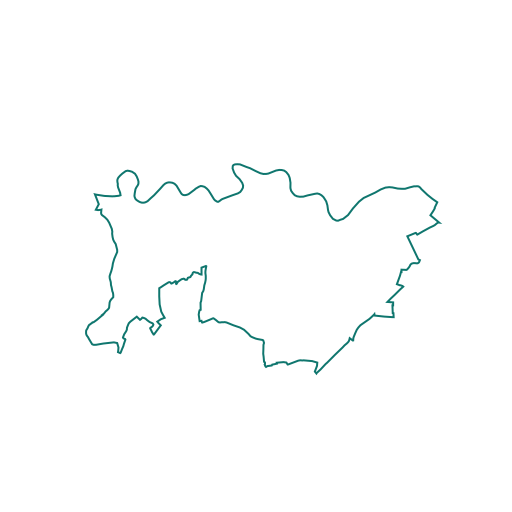 Santana De Mures, Mures, Romania (Natural Earth projection), rotated 245°
{"feature_id": "2599482B40977514976433", "entity_name": "Santana De Mures", "entity_type": "district", "adm_level": 2, "iso_a3": "ROU", "parent_name": "Romania", "parent_adm1": "Mures", "projection": "natural_earth1", "projection_center": [24.57, 46.597], "detail": "fine", "context": "isolated", "style": "outline", "palette": "teal", "viewbox_px": 512, "rotation_deg": 245, "n_neighbors": 0, "source": "geoboundaries", "source_scale": "gbopen_adm2", "svg_char_len": 6112}
<svg xmlns="http://www.w3.org/2000/svg" viewBox="0 0 512 512"><g transform="rotate(245 256 256)"><path d="M370.9,150.8L374.5,144.0L379.2,137.0L379.9,136.1L369.4,135.4L365.6,130.4L364.3,132.3L363.7,134.2L363.5,134.6L363.4,135.5L360.5,133.8L359.5,133.5L358.2,133.7L355.0,135.4L351.7,136.6L348.2,137.0L341.6,136.8L338.9,136.1L336.9,135.0L333.7,134.0L331.2,133.5L329.1,133.5L326.1,133.9L320.3,132.8L318.3,131.9L313.4,126.4L309.8,123.2L307.1,121.4L305.3,120.0L303.3,118.3L301.6,116.6L299.7,114.9L299.0,114.5L297.2,113.9L296.5,113.8L294.0,113.4L293.0,113.1L291.0,112.3L288.7,111.9L284.8,110.9L283.1,110.8L281.7,110.4L280.4,109.9L279.0,109.2L277.8,106.3L276.7,104.6L275.6,103.6L271.5,101.2L271.1,100.9L270.7,100.3L270.2,99.3L269.6,97.5L269.4,96.5L268.1,93.9L267.6,91.8L267.3,92.0L266.8,90.0L265.4,84.9L264.6,80.7L264.7,80.4L264.9,80.1L264.9,79.5L264.5,78.8L264.5,77.9L264.1,76.9L264.2,76.3L264.1,75.8L263.3,74.5L261.5,72.5L260.8,71.3L260.1,70.5L259.0,69.9L257.4,69.2L256.0,69.0L254.5,69.2L253.3,69.5L252.0,69.5L245.3,70.2L244.7,70.7L244.0,71.5L243.1,73.6L241.2,80.6L237.8,90.7L235.8,93.4L231.2,92.7L228.4,91.1L227.2,90.3L225.4,91.9L225.6,92.5L228.2,95.2L230.3,97.6L232.3,99.3L235.4,102.3L236.0,102.3L237.2,101.2L237.8,101.0L238.4,101.0L240.8,103.5L242.6,106.4L243.8,107.8L245.6,108.8L247.3,110.6L248.8,112.3L249.6,114.4L251.4,122.3L247.2,123.9L247.5,125.4L248.0,126.5L248.2,127.0L247.9,127.4L247.0,128.4L245.8,129.4L243.7,130.3L241.1,131.7L238.7,133.8L237.9,134.0L237.2,134.0L236.4,133.2L235.8,131.9L235.6,130.4L235.5,129.8L235.1,129.5L233.0,129.6L230.9,129.6L228.1,130.0L228.0,130.4L233.4,140.4L236.3,139.3L238.2,138.8L238.9,143.0L238.6,147.1L241.8,146.8L245.6,146.6L252.8,148.2L260.2,151.2L267.7,154.7L267.9,156.7L268.4,159.8L269.1,165.7L268.8,166.7L268.2,167.3L267.3,167.4L266.8,167.6L266.7,168.2L266.9,170.6L267.3,172.2L267.1,172.6L266.3,172.7L265.3,172.3L264.7,171.8L264.3,171.9L264.3,172.3L265.6,174.2L266.2,177.4L266.4,178.8L266.0,180.9L265.4,181.5L264.9,181.5L264.3,181.9L263.8,182.9L263.7,183.4L264.0,183.9L265.0,185.0L265.0,185.6L264.7,187.0L264.7,187.7L265.6,188.9L266.2,190.6L267.1,191.2L267.5,191.7L267.6,192.1L267.7,192.7L267.3,193.5L266.1,194.8L265.4,196.0L264.9,196.4L263.9,196.9L262.8,197.9L262.2,198.8L268.5,201.7L268.1,206.4L267.7,206.6L265.5,205.0L263.7,203.8L261.9,202.9L259.3,202.1L256.7,200.9L255.2,200.0L253.3,198.6L251.3,196.8L247.9,194.6L246.5,193.4L245.3,191.6L238.4,187.3L237.1,186.0L230.6,183.1L230.7,182.0L229.6,181.0L227.1,179.3L220.8,177.4L220.3,179.2L218.9,179.0L218.4,179.1L218.1,180.9L218.0,182.8L217.8,187.5L217.7,190.6L217.6,191.0L217.1,191.4L214.7,192.7L212.3,193.8L211.4,194.5L210.9,195.5L210.4,197.1L209.8,198.3L209.3,199.7L208.2,201.2L202.8,206.2L198.0,211.2L194.2,214.0L188.5,216.3L185.6,217.1L184.1,218.2L181.3,220.8L180.0,222.4L177.1,226.5L176.4,226.9L174.3,226.6L173.8,226.5L172.3,225.2L168.6,223.4L164.3,221.2L161.7,220.4L156.7,218.6L155.9,219.1L155.4,219.0L154.3,218.5L154.0,218.0L152.0,217.9L151.2,218.2L151.4,219.8L150.1,224.0L150.7,224.8L150.2,226.8L149.6,229.5L150.5,229.7L148.2,236.1L146.6,238.5L144.3,238.8L144.1,239.4L143.3,250.0L142.8,252.0L141.7,253.9L141.3,255.1L137.0,262.5L133.5,266.5L130.7,264.9L129.1,263.3L126.4,260.5L124.0,261.1L124.3,261.5L125.9,266.6L128.7,273.5L129.2,275.3L133.1,285.9L136.5,295.8L137.6,298.5L138.4,301.5L139.1,303.3L139.8,304.4L140.9,305.4L141.9,306.2L138.5,308.0L138.4,308.4L140.4,309.5L141.4,310.4L144.0,313.2L146.5,316.1L147.9,318.5L149.1,321.3L149.3,322.3L149.7,324.6L151.0,332.1L151.8,334.7L153.0,338.3L153.2,338.7L151.9,338.3L146.9,346.6L143.2,353.3L142.4,354.9L146.1,356.4L146.5,355.8L153.6,358.8L153.3,359.4L156.0,360.7L158.8,355.7L160.5,360.2L162.1,365.1L164.9,372.9L166.0,376.5L166.9,376.1L168.4,374.6L168.6,374.1L170.9,371.8L177.2,378.1L180.5,380.9L180.2,381.2L182.1,382.1L180.7,384.8L179.9,386.3L179.8,386.7L180.0,387.5L181.0,389.7L181.8,391.0L182.8,392.2L183.1,392.9L183.3,394.0L183.0,395.7L182.1,397.5L181.3,398.8L181.1,399.5L181.2,400.5L181.5,401.2L183.0,402.8L184.3,401.7L209.9,401.5L209.5,410.1L209.4,410.6L209.1,410.8L207.7,411.0L207.3,411.1L207.2,411.2L207.8,417.7L208.3,425.4L208.3,427.0L208.3,429.6L208.4,430.5L208.5,431.4L209.1,433.4L209.3,434.8L209.2,435.6L208.9,436.1L219.2,431.3L221.5,435.1L222.8,437.0L223.7,438.2L224.3,438.4L228.1,443.0L233.3,440.0L239.0,437.2L246.9,434.1L248.6,433.7L250.0,433.0L250.8,432.2L252.4,428.5L253.2,424.5L253.9,419.6L255.2,416.7L257.2,413.0L260.5,408.6L262.1,405.8L263.3,402.2L263.6,397.2L263.1,390.9L263.1,378.1L261.7,372.3L258.2,364.1L254.2,356.7L252.8,350.6L253.2,347.7L253.3,345.3L254.2,343.7L257.2,341.4L261.6,340.4L265.1,340.3L267.2,340.7L271.7,342.1L275.8,342.7L279.1,342.3L281.0,342.0L283.4,341.0L285.4,339.6L286.8,337.9L287.5,335.5L289.1,328.4L289.8,324.0L291.2,320.7L292.8,318.4L294.7,316.8L297.4,315.9L300.3,315.4L302.6,315.8L303.7,316.2L307.8,318.2L312.0,319.4L313.1,319.6L315.8,319.7L319.2,318.9L321.5,317.6L323.1,315.6L324.2,313.4L325.0,310.3L325.5,302.0L326.1,299.9L327.2,297.4L329.2,294.9L333.1,291.6L338.1,287.7L340.7,285.0L345.8,280.2L347.1,277.8L347.9,275.7L348.0,274.1L347.4,273.0L345.3,271.8L340.9,271.4L337.1,271.8L332.6,273.6L328.1,274.4L325.3,274.1L323.4,273.0L321.9,271.0L320.7,268.8L320.4,266.1L321.0,260.3L321.8,250.3L321.8,248.7L321.2,246.0L321.1,244.5L321.7,243.7L323.7,242.4L325.3,241.9L331.6,241.2L335.4,240.7L337.9,239.9L340.4,238.6L341.9,236.9L342.8,235.5L342.9,233.4L342.7,231.6L342.5,229.6L342.1,228.5L340.6,221.3L340.6,219.9L340.9,218.1L341.5,216.6L342.3,215.6L343.4,214.9L344.7,214.6L346.6,214.4L353.3,213.7L355.9,212.7L357.7,211.2L358.9,209.4L359.7,207.7L360.0,206.3L360.0,204.3L359.4,202.1L357.4,197.5L354.1,189.2L352.8,184.8L351.5,180.9L351.4,178.6L351.7,177.0L352.5,175.2L353.8,173.7L355.1,172.7L357.2,171.4L358.6,170.9L359.9,170.9L361.0,171.0L362.0,171.3L364.1,172.6L367.5,175.0L368.7,176.5L370.1,178.8L371.1,179.9L373.0,180.9L375.2,181.3L378.5,181.5L381.7,181.1L384.7,179.3L386.3,177.5L387.6,175.7L388.0,173.7L387.2,169.7L386.3,166.8L385.2,164.3L384.3,163.2L383.4,162.4L381.7,161.7L379.6,161.2L378.7,160.6L376.5,160.0L370.8,159.6L368.3,158.9L368.6,157.0L370.0,152.9L370.9,150.8Z" fill="none" stroke="#0f766e" stroke-width="2"/></g></svg>